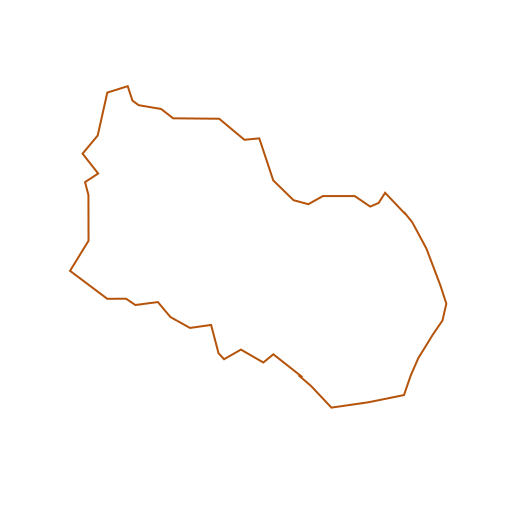 map outline of Mid Ulster (Mercator projection), rotated 19°
{"feature_id": "GBR-2091", "entity_name": "Mid Ulster", "entity_type": "Province", "adm_level": 1, "iso_a3": "GBR", "parent_name": "United Kingdom", "parent_adm1": "", "projection": "mercator", "projection_center": [-6.696, 54.64], "detail": "fine", "context": "isolated", "style": "outline", "palette": "amber", "viewbox_px": 512, "rotation_deg": 19, "n_neighbors": 0, "source": "natural_earth", "source_scale": "10m", "svg_char_len": 838}
<svg xmlns="http://www.w3.org/2000/svg" viewBox="0 0 512 512"><g transform="rotate(19 256 256)"><path d="M129.3,344.9L85.0,330.6L92.7,296.1L77.7,252.9L70.3,241.8L79.9,229.4L58.7,215.7L67.1,193.6L62.2,149.9L79.4,137.2L88.6,149.3L95.9,151.6L118.5,147.9L132.8,152.8L176.5,138.2L207.2,149.9L220.8,143.7L247.7,178.9L273.3,191.0L288.6,190.0L299.7,177.6L329.8,167.2L347.9,172.1L354.7,165.9L357.5,154.2L381.7,166.8L382.6,167.3L382.7,166.9L392.7,173.2L398.7,178.7L414.8,193.6L440.0,223.9L451.5,239.1L453.3,256.3L448.8,272.7L442.7,299.8L441.2,318.9L441.2,339.3L440.5,339.7L409.9,357.7L379.0,373.6L376.7,374.8L350.4,361.0L336.6,355.5L337.7,354.9L304.4,343.3L297.6,354.3L272.2,349.4L259.4,364.0L252.2,360.1L236.0,335.8L217.0,345.5L195.0,341.6L178.2,331.5L157.9,341.6L147.0,338.7L129.3,344.9Z" fill="none" stroke="#b45309" stroke-width="2"/></g></svg>